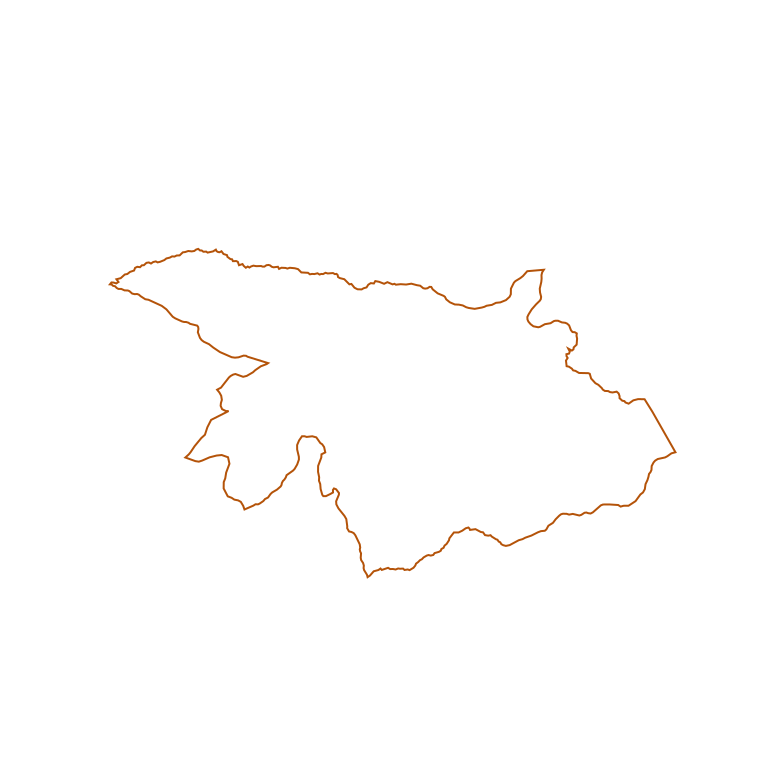 outline of Santa Carmem, Mato Grosso, Brazil, rotated 209°
{"feature_id": "56859067B7371104164998", "entity_name": "Santa Carmem", "entity_type": "district", "adm_level": 2, "iso_a3": "BRA", "parent_name": "Brazil", "parent_adm1": "Mato Grosso", "projection": "natural_earth1", "projection_center": [-54.837, -11.947], "detail": "fine", "context": "isolated", "style": "outline", "palette": "amber", "viewbox_px": 768, "rotation_deg": 209, "n_neighbors": 0, "source": "geoboundaries", "source_scale": "gbopen_adm2", "svg_char_len": 6164}
<svg xmlns="http://www.w3.org/2000/svg" viewBox="0 0 768 768"><g transform="rotate(209 384 384)"><path d="M271.4,233.6L269.1,237.6L268.6,240.4L268.9,242.4L267.8,244.8L267.1,247.4L265.9,249.1L265.3,251.5L263.4,254.7L262.1,256.0L259.9,256.6L258.0,258.4L257.8,260.6L254.6,263.8L253.5,265.7L253.8,267.5L252.5,269.6L252.7,272.0L251.7,274.5L251.4,278.9L252.0,280.7L250.9,288.0L246.8,290.3L244.4,293.7L242.6,297.4L240.6,299.4L239.2,299.0L238.0,298.1L233.6,301.4L227.5,301.5L225.5,302.3L222.4,300.8L219.3,301.9L217.5,303.4L215.8,302.8L210.8,302.5L209.3,302.8L207.3,301.8L205.6,301.9L203.7,300.8L201.6,300.8L198.9,301.5L196.0,304.0L190.4,312.7L187.6,315.5L185.9,318.1L181.6,322.9L177.5,328.9L175.4,331.4L172.2,333.6L171.5,335.5L171.5,339.8L168.9,344.5L168.3,348.9L166.9,353.8L166.0,355.9L164.6,357.3L161.3,359.0L158.8,359.5L155.9,361.9L149.4,363.7L148.0,365.2L146.2,368.6L144.7,369.7L142.8,370.0L140.5,370.9L139.1,373.0L135.5,383.0L134.0,384.8L128.1,388.1L120.5,391.7L117.6,391.5L115.5,393.6L111.1,396.1L107.2,403.5L106.2,411.7L104.9,414.7L104.9,418.5L106.7,423.2L107.0,427.7L107.7,431.0L108.6,433.8L108.2,436.1L108.4,438.5L110.1,442.0L110.2,446.1L109.7,448.4L108.2,451.1L102.6,456.0L101.2,458.1L99.0,462.7L96.0,465.6L135.9,489.9L148.7,497.0L154.4,494.0L158.0,490.6L160.5,485.4L163.9,484.9L165.4,485.6L167.5,484.9L171.1,485.8L172.1,487.6L174.2,489.5L176.8,490.1L180.0,487.4L182.4,486.5L184.5,486.5L187.5,485.0L190.0,485.2L191.5,486.0L196.1,487.2L199.5,487.2L205.5,489.2L209.0,492.7L210.6,492.5L218.8,488.2L222.9,488.3L225.2,487.6L227.1,488.5L230.7,488.8L232.9,488.1L236.2,492.7L236.0,495.8L237.8,496.8L238.9,498.5L236.9,500.3L237.2,502.4L240.0,504.3L235.9,504.3L235.1,506.1L235.8,508.0L234.6,511.8L237.1,517.3L239.0,519.5L239.9,521.7L242.3,521.8L244.3,520.8L246.6,521.7L250.5,525.0L253.1,525.6L255.2,525.4L258.3,524.1L262.5,523.7L264.7,522.5L265.9,521.4L267.8,517.9L272.3,514.3L275.2,509.7L276.6,508.4L281.3,506.9L284.8,507.4L288.0,508.6L289.8,510.0L291.1,512.1L291.3,514.9L291.0,520.9L289.6,527.4L288.1,532.4L288.0,534.2L288.8,536.4L291.9,539.7L294.0,542.9L295.9,549.5L297.2,552.5L299.1,555.7L299.8,558.4L299.6,561.4L313.4,552.1L314.8,545.8L316.1,542.7L319.0,537.6L319.5,535.6L319.2,528.9L316.6,524.0L316.4,521.2L318.0,516.5L321.8,511.8L325.4,509.3L328.0,505.5L332.2,502.2L333.6,500.2L335.5,498.3L341.1,493.7L346.7,491.6L349.3,491.0L353.2,490.9L357.0,489.7L360.6,487.9L366.0,487.4L370.6,488.2L373.0,489.8L374.6,490.0L381.0,489.3L387.3,490.4L389.7,491.8L391.2,491.1L392.4,488.8L394.2,487.4L396.1,486.8L400.0,487.5L403.1,486.4L408.7,485.0L412.9,481.7L417.8,479.4L421.8,476.6L423.4,476.7L424.8,475.3L430.4,474.7L432.5,471.7L437.8,471.0L441.5,469.8L441.6,467.0L444.5,465.8L445.9,463.2L446.1,460.0L448.3,457.8L449.4,455.9L453.1,454.0L456.5,453.9L461.0,455.7L462.6,454.4L469.5,456.4L474.0,455.2L476.1,455.3L477.3,456.8L478.9,457.3L480.2,456.3L482.4,456.3L486.8,453.4L489.1,452.9L490.6,450.6L492.3,449.8L493.4,448.5L495.8,448.6L498.2,446.4L500.3,445.4L502.0,444.0L504.4,444.4L510.4,441.5L514.9,442.8L518.1,442.0L522.7,440.0L524.5,438.1L526.3,437.8L530.0,436.0L531.6,433.8L533.6,435.1L537.2,432.5L539.2,432.1L540.9,432.5L542.6,432.2L544.4,430.9L545.5,428.7L547.2,427.8L548.7,427.6L552.9,425.1L555.6,424.2L557.3,422.3L558.2,420.6L560.1,420.7L561.2,418.7L564.0,419.3L565.9,420.3L568.4,417.6L571.1,420.0L572.8,419.9L575.7,418.2L577.3,419.4L578.9,418.8L582.6,419.3L583.8,420.6L587.4,419.9L590.5,421.3L591.6,419.6L593.0,419.0L594.8,419.0L596.2,420.0L597.8,417.1L602.0,413.4L603.7,413.6L606.1,412.1L608.2,412.4L609.6,411.6L612.0,412.1L613.5,410.5L614.4,408.4L616.4,406.8L619.7,405.4L621.9,403.0L623.8,401.6L625.1,397.4L627.6,395.9L629.0,393.9L631.2,392.9L632.6,390.7L635.2,388.3L636.2,385.9L639.1,382.3L641.0,380.6L643.0,380.6L645.0,378.8L646.2,376.4L648.6,376.3L650.5,374.8L651.6,371.5L653.3,370.4L654.0,367.9L656.6,366.9L658.0,364.9L657.6,362.1L660.5,358.9L661.8,355.8L663.8,354.1L665.6,348.9L668.8,345.9L665.7,344.5L666.9,342.2L669.7,341.6L671.6,340.7L672.0,338.3L670.5,339.0L668.7,338.5L666.6,339.1L664.4,338.4L662.3,338.4L659.8,339.8L656.3,340.1L653.4,341.6L651.7,341.8L648.1,341.0L645.6,341.7L643.6,343.0L641.8,343.3L639.4,342.8L633.9,342.4L630.8,343.5L616.3,344.6L610.5,343.8L601.4,340.4L598.4,340.2L590.9,340.8L589.0,341.3L587.1,342.3L584.7,342.8L582.8,342.6L575.7,344.5L574.2,343.8L573.0,342.2L571.9,339.0L567.3,335.1L564.8,334.0L562.0,333.6L556.4,334.0L551.0,333.1L543.0,332.4L530.2,333.6L527.1,334.8L524.2,336.8L520.5,340.8L518.3,341.8L516.6,341.7L495.5,346.1L496.3,344.5L500.3,339.8L503.3,333.7L504.3,330.7L508.0,324.5L510.7,322.0L518.8,320.7L520.5,319.1L522.0,316.7L522.8,314.5L524.8,301.8L527.2,298.1L523.9,296.8L520.7,294.8L518.1,291.5L517.4,288.3L516.3,285.7L513.4,283.5L509.1,283.7L506.8,285.0L517.8,268.8L517.5,260.5L516.0,252.8L517.6,248.1L519.5,237.8L520.1,230.6L520.6,227.8L522.1,223.4L511.6,225.1L508.3,226.3L505.9,228.9L501.0,235.3L495.7,240.3L491.5,243.2L484.9,244.3L480.5,239.3L479.1,230.0L477.1,224.5L476.6,220.5L473.6,214.9L466.2,210.0L462.1,210.6L458.9,210.3L455.1,211.5L452.1,211.5L448.1,209.2L445.2,206.6L439.3,214.3L438.1,216.5L435.8,217.7L434.8,219.1L432.8,223.1L432.3,225.7L430.4,228.5L429.9,232.8L429.2,235.0L426.4,239.7L424.7,244.3L424.7,246.1L425.3,247.8L425.4,250.1L424.8,252.1L424.6,254.7L425.0,257.0L421.6,264.1L421.0,266.4L420.9,271.5L421.8,276.7L423.2,279.1L428.2,284.6L430.4,288.5L430.9,293.4L430.4,298.5L428.1,299.8L426.0,300.2L421.4,303.5L417.3,304.5L411.1,301.5L408.8,301.3L405.8,299.8L402.2,295.7L404.6,292.2L403.2,289.3L401.9,280.4L399.1,275.2L395.5,271.0L394.0,267.9L391.3,265.6L388.5,261.4L384.3,257.2L382.7,256.5L380.4,257.8L377.8,261.5L376.0,264.4L377.3,266.6L377.1,268.4L374.8,268.7L370.5,266.8L369.8,265.3L369.0,258.2L367.3,255.6L363.5,253.1L354.7,249.5L351.5,247.6L347.2,241.8L346.3,240.0L343.1,238.1L340.7,238.8L338.2,238.9L335.7,237.8L327.5,232.0L325.5,229.4L325.0,227.6L323.7,226.0L322.0,224.8L320.1,220.7L318.6,218.9L315.5,217.3L313.6,215.4L312.6,213.1L311.2,211.6L306.4,208.9L304.7,207.1L303.4,209.7L302.2,215.2L298.7,218.6L297.6,220.9L295.8,220.3L291.3,225.2L289.0,225.1L286.3,226.6L283.9,227.4L282.2,229.5L280.4,230.2L277.8,231.8L275.9,231.3L273.3,233.3L271.4,233.6Z" fill="none" stroke="#b45309" stroke-width="2"/></g></svg>